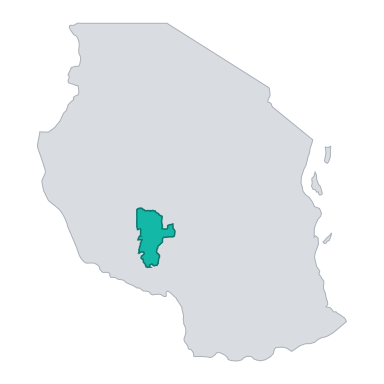 location of Chunya, Mbeya, United Republic of Tanzania
{"feature_id": "72390352B92011686492741", "entity_name": "Chunya", "entity_type": "district", "adm_level": 2, "iso_a3": "TZA", "parent_name": "United Republic of Tanzania", "parent_adm1": "Mbeya", "projection": "robinson", "projection_center": [33.407, -7.806], "detail": "fine", "context": "in_parent", "style": "filled", "palette": "teal", "viewbox_px": 384, "rotation_deg": 0, "n_neighbors": 0, "source": "geoboundaries", "source_scale": "gbopen_adm2", "svg_char_len": 8819}
<svg xmlns="http://www.w3.org/2000/svg" viewBox="0 0 384 384"><path d="M137.5,288.2L133.0,285.5L128.9,283.9L125.5,282.1L124.0,280.3L120.9,279.6L118.1,279.3L115.6,277.7L110.4,277.1L109.9,276.0L109.8,273.5L108.9,272.9L107.0,272.3L104.9,272.3L103.7,272.6L103.0,272.5L101.3,271.0L99.7,269.2L99.1,266.3L96.7,264.4L94.0,263.0L86.4,263.1L85.2,262.7L83.4,261.2L81.3,258.8L79.6,256.0L78.1,252.2L76.5,247.1L67.8,226.8L66.8,223.0L65.1,218.7L62.3,213.5L59.4,209.6L55.4,206.1L50.8,202.6L48.3,200.2L43.6,190.7L42.7,186.2L41.9,181.6L42.2,179.7L45.1,173.7L45.4,172.1L45.1,169.8L43.6,165.0L41.8,159.3L38.0,148.7L37.5,146.1L37.6,144.1L39.7,133.4L39.7,131.9L48.4,132.1L54.8,127.4L60.4,120.4L61.5,117.5L63.7,113.0L66.0,110.8L66.8,109.3L68.1,104.8L71.0,101.8L73.8,99.4L73.3,97.8L73.7,97.2L75.2,96.0L78.2,94.9L78.8,92.6L78.8,89.9L78.3,88.4L78.4,86.7L78.0,85.8L76.0,85.5L73.1,84.2L70.6,83.6L68.9,82.9L68.3,82.3L68.0,80.7L69.4,76.6L68.0,74.9L71.1,68.2L71.6,67.3L72.8,67.2L74.5,66.5L76.1,66.2L77.5,66.4L78.4,66.2L79.3,65.4L80.0,63.1L80.6,59.2L80.3,56.1L79.0,53.7L78.7,50.0L79.3,45.1L78.8,40.9L77.4,37.7L76.0,35.7L73.8,34.8L70.4,29.8L69.3,27.3L69.5,25.8L70.7,25.2L72.9,25.4L74.9,24.8L76.9,23.4L78.7,23.0L79.7,23.3L167.0,23.3L268.9,87.7L269.3,88.4L270.1,94.0L269.9,95.9L268.4,99.1L267.9,100.7L267.9,101.9L268.3,102.4L269.6,102.5L270.8,103.3L271.2,103.9L272.0,106.3L273.1,107.5L311.8,139.1L312.7,139.6L312.2,142.2L310.0,148.7L309.8,151.3L309.0,154.5L308.1,156.6L305.9,165.6L304.0,169.0L301.4,176.9L301.0,183.0L302.4,187.3L302.9,191.2L305.9,195.1L308.3,196.5L309.9,198.3L312.7,202.4L314.3,206.5L319.5,208.5L321.5,213.1L320.7,216.2L318.4,218.8L316.1,223.1L314.3,228.6L314.2,237.1L315.4,235.8L318.1,237.9L318.5,244.2L315.7,251.5L314.8,254.9L314.6,257.8L316.6,266.5L319.7,271.0L319.5,272.4L318.7,273.6L323.9,281.4L323.4,288.3L325.4,293.6L326.2,298.2L327.5,301.7L327.8,304.2L326.1,306.9L330.0,307.6L332.2,309.8L333.3,311.9L336.0,311.8L337.5,313.3L339.7,314.5L344.5,318.0L345.7,319.8L346.5,321.5L333.3,332.7L328.5,335.6L325.1,337.0L321.5,337.7L318.0,339.5L314.8,342.2L310.6,343.6L305.5,343.7L300.2,345.6L291.7,351.4L286.9,348.2L283.0,347.2L278.6,347.3L275.9,347.7L275.0,348.4L274.1,350.3L273.4,353.6L270.5,356.7L265.4,359.7L260.7,360.8L256.5,360.0L253.6,358.8L252.1,357.1L249.9,356.3L246.9,356.4L244.1,357.6L241.4,360.0L237.1,361.0L231.2,360.6L228.1,359.5L227.6,357.6L225.1,355.3L220.3,352.7L216.8,352.7L214.6,355.2L212.6,356.7L210.7,357.4L209.1,357.4L206.7,356.8L200.2,356.5L194.0,356.6L193.4,353.0L192.1,350.8L191.0,349.5L188.9,349.2L188.3,348.1L187.6,345.9L186.5,344.0L185.1,342.4L184.3,340.9L184.0,339.6L184.2,338.1L185.5,334.4L185.9,331.8L185.8,329.2L185.1,326.6L183.6,323.4L183.8,322.5L183.3,320.3L183.2,318.8L183.5,316.9L183.3,314.5L182.0,309.2L182.0,307.8L180.7,305.3L176.6,299.2L176.4,298.4L169.9,292.3L167.4,291.0L166.4,292.1L166.1,293.2L166.3,295.1L166.2,296.1L165.9,296.5L164.4,296.5L163.4,296.2L161.0,294.6L159.1,294.2L154.4,294.5L152.7,294.9L151.4,294.5L148.9,291.7L146.0,291.1L143.4,291.0L139.0,287.8L137.5,288.2ZM320.2,186.3L322.3,193.0L322.0,194.3L320.5,195.0L319.8,195.1L318.8,194.0L318.2,191.8L317.0,192.3L315.1,189.6L313.2,189.5L311.5,186.2L312.2,183.4L311.8,178.6L313.9,176.2L315.1,172.0L316.4,174.9L316.7,179.3L318.5,184.4L320.2,186.3ZM330.6,146.3L330.8,147.9L330.3,149.4L330.4,154.2L330.2,157.3L328.6,161.7L327.3,163.3L326.2,162.8L325.2,162.1L324.5,160.9L326.0,152.9L325.3,147.0L328.2,147.5L330.6,146.3ZM326.0,243.1L324.5,243.5L323.9,243.1L323.0,241.8L324.6,240.7L326.1,238.5L329.8,235.3L331.5,232.8L331.2,235.3L329.1,240.7L327.4,241.1L326.0,243.1Z" fill="#d9dde1" stroke="#a8b0b8" stroke-width="1"/><path d="M172.9,224.0L171.9,224.3L171.7,224.3L171.3,224.5L170.7,224.6L170.3,224.8L169.7,224.8L169.1,224.9L168.7,225.2L168.3,225.2L168.1,225.3L167.8,225.6L167.6,226.0L167.7,226.4L167.6,226.6L167.8,227.0L167.9,227.3L167.5,228.0L167.4,228.1L167.0,229.0L166.9,229.0L166.2,229.1L165.7,229.2L165.4,229.1L165.1,228.9L164.8,228.9L164.4,229.0L164.2,229.0L163.9,228.9L163.7,228.9L163.4,228.9L163.0,228.9L162.3,228.9L162.0,228.8L161.8,228.6L161.8,228.4L161.9,228.1L162.1,227.5L162.4,226.9L162.4,226.6L162.3,225.9L162.4,225.3L162.3,225.1L162.0,224.3L162.0,223.9L161.8,223.4L161.8,222.9L161.8,222.7L161.6,222.5L161.5,221.9L161.5,221.7L161.6,221.3L161.7,220.7L161.8,220.1L162.0,218.0L162.2,216.9L162.1,216.6L162.1,216.4L161.8,216.0L161.7,216.0L161.1,215.9L160.9,215.8L160.6,215.8L160.4,215.7L160.2,215.7L160.0,215.3L159.6,215.0L159.4,215.0L159.0,214.9L158.7,213.9L158.5,213.7L158.3,213.8L158.1,213.6L158.0,213.4L157.9,213.3L157.7,213.2L157.2,213.0L157.0,212.9L156.7,212.7L156.0,212.3L155.9,212.1L155.7,212.1L155.4,211.7L155.3,211.4L155.2,211.3L155.0,211.1L155.0,210.9L154.8,210.9L154.5,210.9L154.2,210.9L154.0,211.0L153.4,210.7L153.2,210.5L152.9,210.4L152.6,210.6L152.3,210.5L152.1,210.5L151.9,210.7L151.7,210.8L151.3,210.9L151.2,210.7L150.5,210.6L150.3,210.8L150.1,210.7L149.9,211.0L149.7,210.9L149.1,210.7L149.0,210.8L148.9,210.7L148.7,210.7L148.3,210.6L148.2,210.6L147.9,210.6L147.7,210.5L147.3,210.6L146.6,210.7L146.2,210.9L145.8,210.8L145.4,210.8L145.0,210.7L144.9,210.7L144.7,210.2L144.3,210.1L144.0,209.7L143.2,209.6L143.0,209.3L142.8,209.3L142.8,209.1L142.4,208.8L142.4,208.7L142.1,208.6L141.9,208.4L141.8,208.2L141.6,208.1L141.2,208.1L140.7,208.2L140.3,208.2L140.0,208.3L139.7,208.2L139.2,208.1L139.0,208.4L138.9,208.5L138.7,208.6L138.4,208.8L138.1,209.1L137.8,209.1L137.5,209.0L137.4,209.3L137.1,209.3L136.9,209.7L136.8,209.9L136.8,210.1L136.9,212.3L136.8,213.3L136.9,217.0L136.8,222.4L136.8,223.1L136.8,223.4L136.9,224.7L136.8,226.5L136.9,227.0L137.1,227.6L137.3,228.1L137.5,229.6L138.1,229.5L138.4,229.4L138.7,229.1L139.0,229.0L139.3,229.0L140.1,228.9L140.8,229.2L140.8,229.7L140.8,229.9L140.8,230.2L140.6,230.9L140.6,232.0L140.6,232.4L140.6,235.3L140.6,235.7L140.6,235.9L140.8,236.1L139.5,236.1L139.2,236.7L139.0,237.1L138.7,237.6L138.6,238.0L138.3,238.7L138.1,239.1L138.0,239.4L137.9,239.8L138.0,239.8L138.5,239.8L139.1,239.8L139.5,239.8L140.0,239.7L141.0,239.8L142.1,239.7L141.9,240.3L141.7,240.4L141.5,240.8L141.4,241.3L141.2,241.7L141.0,242.1L140.3,243.3L140.3,243.5L140.5,243.7L140.6,244.1L140.5,244.3L140.6,244.6L140.3,245.3L140.2,245.7L139.8,246.1L139.7,246.7L139.6,246.9L139.5,247.2L139.6,247.7L139.5,248.0L139.5,248.5L139.2,248.9L139.1,249.2L138.9,249.4L138.9,249.5L139.0,249.5L139.0,249.8L139.1,250.1L139.0,250.3L138.9,250.5L139.1,250.9L139.1,251.2L139.2,251.3L139.1,251.5L138.9,252.0L139.0,252.0L138.9,252.3L139.0,252.3L138.9,252.5L139.0,252.6L139.1,252.9L139.0,253.0L139.3,253.0L139.4,252.9L139.5,252.9L139.5,253.0L139.9,252.7L140.4,252.4L140.5,252.2L140.7,251.8L141.1,251.8L141.8,251.9L142.0,251.9L142.1,252.0L142.5,252.1L142.8,252.1L143.0,251.9L143.2,252.0L143.5,252.2L143.9,252.3L144.0,252.4L144.1,252.9L144.2,253.0L144.2,253.4L144.3,253.6L144.2,253.8L143.8,254.0L143.6,254.5L143.1,254.8L142.8,255.4L142.6,255.6L142.0,255.8L141.5,256.0L141.4,256.3L141.4,256.6L141.3,256.8L141.3,257.5L141.2,257.7L141.0,258.0L141.6,258.4L141.8,258.5L142.2,258.8L142.3,259.1L142.3,259.3L142.6,259.3L143.1,259.3L143.3,259.8L143.3,261.0L143.4,262.0L143.5,262.0L143.6,262.3L143.8,262.6L143.9,262.8L144.0,262.9L144.3,263.0L144.6,263.3L144.9,263.8L145.0,264.0L145.3,264.3L145.5,264.7L145.5,265.5L145.9,265.8L146.0,265.9L146.2,266.0L146.0,266.3L146.0,266.7L146.8,267.1L147.4,267.4L147.8,267.2L148.1,267.1L148.5,267.2L149.0,267.1L150.3,267.1L150.0,266.9L149.8,266.9L149.7,266.8L149.7,266.4L149.6,266.2L149.6,265.9L149.4,265.1L149.5,265.0L149.6,264.9L150.1,265.0L150.5,264.7L150.8,264.4L151.2,264.3L151.5,264.0L151.9,263.9L152.0,263.9L152.2,264.3L152.3,264.5L152.7,264.7L152.8,265.0L153.0,265.3L153.8,265.7L154.0,265.8L154.5,265.8L154.8,265.6L154.8,265.4L156.6,265.3L157.0,265.3L157.3,264.8L157.3,264.6L157.6,264.3L157.8,263.7L158.2,263.4L158.3,263.1L158.3,262.9L158.1,262.2L158.1,261.6L158.4,261.2L158.5,261.0L158.5,260.3L158.6,259.9L158.5,259.3L158.6,259.1L158.6,258.9L158.7,258.7L158.8,258.4L159.0,258.0L159.4,257.6L159.4,257.0L159.5,256.6L159.4,256.1L159.5,255.6L159.4,255.5L159.2,254.9L158.6,254.6L158.5,254.4L158.3,253.8L158.0,253.6L157.7,253.4L157.3,253.1L157.1,253.1L156.9,252.9L156.7,252.8L156.7,252.3L156.6,251.6L156.7,250.9L156.8,250.0L156.8,249.7L157.0,249.5L157.0,249.2L157.2,248.7L157.5,248.5L157.6,248.3L157.5,248.0L157.7,247.4L157.9,247.1L157.9,246.9L157.9,246.7L158.0,246.1L158.1,245.9L158.9,245.5L159.4,245.1L159.7,244.6L160.2,244.3L160.5,243.9L160.6,243.6L161.6,243.0L161.9,242.7L162.0,242.4L162.4,242.1L162.4,241.9L162.5,241.4L162.4,240.3L162.5,239.9L162.4,239.6L162.5,238.8L162.7,238.4L162.7,238.2L162.9,238.0L163.4,237.6L163.5,237.4L164.2,237.4L164.9,237.2L165.8,237.3L166.4,237.2L167.0,237.1L167.3,237.0L167.6,237.1L168.6,236.9L170.0,236.8L171.0,236.9L172.3,236.9L173.7,236.5L174.3,236.1L174.4,235.8L174.4,235.7L175.0,231.8L174.9,230.9L173.0,227.9L172.9,224.0Z" fill="#14b8a6" stroke="#0f766e" stroke-width="1.5"/></svg>